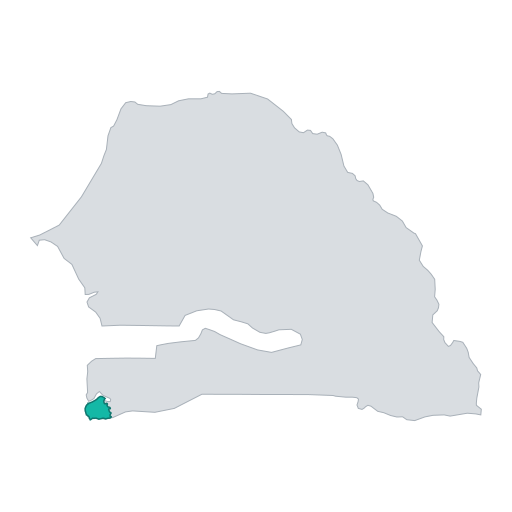 Oussouye, Ziguinchor, Senegal shown in context
{"feature_id": "50182788B11051302290888", "entity_name": "Oussouye", "entity_type": "district", "adm_level": 2, "iso_a3": "SEN", "parent_name": "Senegal", "parent_adm1": "Ziguinchor", "projection": "mercator", "projection_center": [-16.597, 12.494], "detail": "fine", "context": "in_parent", "style": "filled", "palette": "teal", "viewbox_px": 512, "rotation_deg": 0, "n_neighbors": 0, "source": "geoboundaries", "source_scale": "gbopen_adm2", "svg_char_len": 5656}
<svg xmlns="http://www.w3.org/2000/svg" viewBox="0 0 512 512"><path d="M415.5,233.7L422.4,245.9L420.9,251.7L419.3,260.2L423.2,266.4L427.8,270.4L431.1,274.1L434.7,279.3L435.2,289.4L434.6,296.8L436.9,300.1L438.9,304.3L438.5,307.7L437.2,310.8L432.8,314.9L432.1,322.5L439.2,331.7L443.8,336.7L443.7,339.6L445.0,342.7L448.4,346.4L450.5,345.5L452.7,342.5L453.8,340.5L459.9,341.4L462.8,342.3L466.7,348.3L468.2,352.3L469.1,357.4L473.2,363.6L476.8,368.0L477.5,370.8L480.7,374.5L478.7,382.8L478.9,387.0L476.8,398.1L476.3,403.4L476.4,405.3L481.3,409.2L480.8,414.9L475.8,413.9L467.3,413.2L450.1,416.1L444.2,414.9L433.0,415.3L424.9,416.9L414.7,420.6L406.8,419.7L402.6,416.8L396.9,417.0L390.6,415.5L383.8,412.7L377.7,411.3L371.0,406.2L367.9,405.3L365.7,406.6L363.9,408.3L362.0,409.4L358.3,408.4L357.0,405.0L358.1,401.6L358.5,399.1L356.8,397.7L352.7,397.2L346.1,397.2L335.6,396.2L333.1,395.5L309.4,394.6L284.9,394.5L264.0,394.5L237.8,394.3L219.3,394.3L202.0,394.2L188.7,401.0L174.3,408.4L154.9,412.3L132.6,410.9L125.5,411.9L118.1,415.2L112.7,417.6L105.0,419.0L95.1,417.9L91.0,418.6L88.6,415.2L85.7,409.7L87.5,405.8L93.5,403.2L102.7,399.8L107.4,401.5L110.2,401.6L110.7,399.5L109.8,398.3L103.0,395.4L99.4,391.5L96.5,393.8L93.9,398.5L91.8,399.9L88.7,401.3L86.9,398.1L86.2,394.9L87.6,392.5L86.9,378.9L87.7,371.7L87.3,365.3L91.6,361.2L95.7,358.6L111.6,358.3L126.4,358.1L140.7,358.2L155.3,358.4L156.8,345.7L161.4,344.7L168.3,343.4L181.1,341.8L195.4,340.4L198.5,337.9L200.9,333.7L202.4,329.9L205.3,328.3L209.3,329.6L214.6,331.5L220.0,334.6L226.3,337.4L230.4,339.2L240.4,343.7L257.5,349.9L271.5,352.4L288.5,347.9L300.8,344.9L302.3,339.5L300.4,334.2L291.3,329.3L278.9,329.8L275.0,331.1L269.3,332.8L265.8,333.4L259.9,332.3L252.5,328.0L247.8,323.8L241.3,321.8L233.5,319.8L221.1,311.0L214.6,309.5L208.5,309.0L196.7,310.8L185.1,315.4L179.1,326.0L167.5,325.9L143.0,325.5L120.6,325.2L102.0,326.0L100.1,318.3L95.7,312.1L88.6,306.9L87.0,302.0L89.4,297.8L96.3,294.3L97.9,291.8L94.3,292.2L88.8,294.4L85.2,294.5L84.8,287.8L78.7,279.1L71.9,264.4L64.1,258.4L57.6,246.4L50.9,241.9L44.6,239.7L39.3,240.2L37.4,245.6L30.7,237.8L39.8,235.0L59.2,225.1L81.4,196.9L101.4,163.4L104.0,155.5L106.4,149.5L108.0,135.8L110.9,127.6L113.6,126.1L116.9,119.8L121.0,108.8L125.7,102.7L130.8,101.5L134.9,102.0L137.7,104.3L146.2,105.7L160.1,106.2L170.9,104.6L178.6,100.8L188.6,98.8L201.0,98.8L207.5,97.2L208.1,94.0L209.8,93.1L212.3,94.3L214.8,93.8L217.1,91.6L219.4,91.4L221.6,93.4L232.0,93.9L250.5,93.2L267.6,99.0L283.3,111.3L291.4,119.5L291.9,123.6L294.5,127.8L299.2,131.9L303.5,132.7L307.4,130.1L310.5,130.4L312.7,133.6L317.2,134.2L322.2,132.2L325.7,132.9L326.4,134.8L327.2,135.8L329.6,136.3L332.8,138.7L337.4,145.2L341.1,154.4L343.9,166.0L347.7,172.4L352.4,173.4L355.1,175.8L355.7,178.6L357.0,180.5L359.3,181.5L363.3,180.9L367.9,184.8L372.9,193.4L373.7,197.2L372.9,199.3L373.2,200.8L376.5,202.3L379.7,205.1L382.2,209.3L387.8,213.0L396.3,216.3L402.4,221.1L406.1,227.6L413.9,233.1L415.5,233.7Z" fill="#d9dde1" stroke="#a8b0b8" stroke-width="1"/><path d="M88.0,403.3L88.0,403.6L88.1,403.9L87.9,404.1L87.5,404.3L87.3,404.5L87.2,404.6L86.8,404.9L86.6,405.3L86.4,405.5L86.3,405.8L86.1,406.0L85.9,406.3L85.9,406.6L85.6,407.3L85.4,407.7L85.2,408.4L85.1,408.6L85.1,409.2L85.2,409.7L85.2,410.2L85.2,410.7L85.2,410.8L85.4,411.1L85.4,411.3L85.4,411.5L85.5,411.6L85.7,412.0L85.7,412.3L85.8,412.9L85.9,413.1L86.0,413.3L86.0,413.5L86.1,413.8L86.2,414.0L86.3,414.4L86.4,414.8L86.6,414.8L86.9,415.0L87.1,415.3L87.3,415.4L87.5,415.6L87.7,415.8L87.9,415.9L88.0,415.9L88.1,416.1L88.2,416.3L88.3,416.5L88.6,416.5L88.8,416.6L88.9,416.8L89.1,417.1L89.2,417.3L89.3,417.9L89.3,418.2L89.4,418.5L89.5,418.6L89.6,418.8L89.8,418.9L89.9,419.1L90.0,419.2L90.1,419.3L90.2,419.5L90.3,419.7L90.3,419.8L90.5,419.8L90.7,419.6L90.9,419.4L91.4,419.1L92.2,418.5L92.5,418.3L92.7,418.2L92.8,418.3L93.0,418.3L93.3,418.3L93.7,418.3L93.9,418.3L94.4,418.3L95.0,418.2L95.4,418.2L95.9,418.2L96.2,418.2L96.4,418.2L96.7,418.4L97.2,418.6L97.5,418.7L97.8,418.8L98.3,419.0L98.6,419.1L98.8,419.2L99.0,419.1L99.4,419.1L99.9,418.9L100.5,418.8L101.3,418.6L102.9,418.2L103.1,418.2L103.4,418.2L103.6,418.2L103.9,418.4L104.3,418.4L104.7,418.6L105.0,418.6L105.5,418.9L106.0,418.8L106.6,418.6L106.9,418.5L107.7,418.3L108.3,418.2L108.9,418.2L109.5,418.1L110.1,418.0L110.3,417.8L110.3,417.7L110.5,417.3L110.5,417.1L110.8,417.0L111.0,417.2L111.3,417.0L111.3,416.9L111.2,416.7L110.9,416.5L110.7,416.6L110.3,416.6L110.2,416.4L110.1,416.1L110.1,415.8L110.1,415.5L110.1,415.4L110.0,415.0L110.1,414.9L110.2,414.7L110.3,414.5L110.3,414.4L110.5,414.1L110.5,413.9L110.7,413.7L110.8,413.5L110.9,413.4L111.0,413.3L111.0,413.1L110.9,412.7L110.6,412.5L110.0,412.2L109.9,412.2L109.7,412.0L109.6,411.8L109.4,411.5L109.3,411.3L109.1,410.7L109.0,410.3L108.8,410.0L108.7,409.7L108.7,409.3L108.8,409.0L109.0,408.9L109.5,408.8L109.8,408.8L110.0,408.8L110.2,408.7L110.3,408.6L110.2,408.3L110.1,407.8L109.9,407.5L109.6,407.3L109.2,407.2L108.9,407.2L108.6,407.1L108.1,406.9L107.7,406.6L107.4,406.2L107.2,405.7L107.1,405.4L107.0,405.1L107.0,404.8L107.1,404.6L107.4,404.3L107.4,404.1L107.3,403.7L107.1,403.5L106.9,403.5L106.7,403.4L106.4,403.3L106.2,403.4L105.9,403.5L105.6,403.7L105.2,403.8L104.8,403.8L104.5,403.6L104.3,403.3L104.1,402.9L103.9,401.9L103.8,401.4L103.8,401.1L103.9,400.5L104.1,400.1L104.4,399.6L104.6,399.2L104.9,398.7L105.1,398.5L104.1,397.7L103.5,397.3L102.3,396.7L101.6,396.5L101.0,396.4L100.6,396.4L100.1,396.5L99.8,396.7L99.4,397.0L98.7,397.4L98.2,397.8L97.9,398.1L97.5,398.5L96.9,399.1L96.5,399.5L96.1,399.7L95.1,400.4L94.1,400.9L93.2,401.4L92.2,402.0L91.2,402.3L90.6,402.6L89.9,402.9L89.1,403.1L88.4,403.3L88.0,403.3Z" fill="#14b8a6" stroke="#0f766e" stroke-width="1.5"/></svg>